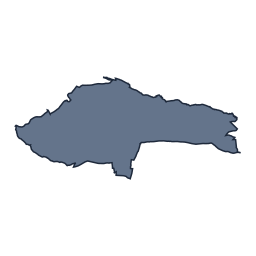 the district of Poroina Mare, Mehedinti, Romania
{"feature_id": "2599482B87873666388407", "entity_name": "Poroina Mare", "entity_type": "district", "adm_level": 2, "iso_a3": "ROU", "parent_name": "Romania", "parent_adm1": "Mehedinti", "projection": "robinson", "projection_center": [22.974, 44.493], "detail": "fine", "context": "isolated", "style": "filled", "palette": "slate", "viewbox_px": 256, "rotation_deg": 0, "n_neighbors": 0, "source": "geoboundaries", "source_scale": "gbopen_adm2", "svg_char_len": 5779}
<svg xmlns="http://www.w3.org/2000/svg" viewBox="0 0 256 256"><path d="M130.2,178.8L131.8,173.4L132.6,168.7L131.3,168.7L130.5,168.5L130.6,167.3L130.4,167.0L130.7,166.4L131.0,165.0L130.7,164.2L131.1,161.8L131.1,161.0L131.4,159.7L133.8,160.1L134.0,159.6L134.4,159.0L135.8,156.4L136.3,154.9L137.5,152.0L137.7,151.7L138.1,151.4L138.4,150.5L139.4,147.2L140.0,144.5L140.3,143.9L140.2,143.7L140.7,143.6L140.7,143.3L141.0,142.7L141.3,142.5L144.1,142.5L146.4,142.0L147.7,141.8L149.4,141.9L150.6,141.6L151.7,141.7L153.9,141.6L159.2,140.9L162.4,140.9L163.2,140.8L167.5,141.3L168.9,141.2L169.6,141.4L170.6,141.3L171.9,141.6L177.4,141.5L180.7,141.9L182.1,141.9L184.9,142.1L188.1,142.7L191.8,143.6L195.9,144.2L203.0,143.5L205.6,143.6L208.6,143.5L211.1,143.0L212.3,143.5L213.8,144.8L214.7,145.3L216.0,146.6L218.4,148.7L223.0,150.8L224.4,151.2L224.9,151.4L225.7,151.6L227.9,151.5L228.8,151.8L230.6,152.6L233.1,153.2L234.2,153.1L237.0,152.4L238.8,152.4L239.9,152.7L240.6,152.7L237.3,151.8L237.5,149.9L237.0,148.6L236.5,148.1L236.2,147.2L236.4,147.0L236.3,146.3L235.6,139.6L234.9,139.5L233.0,139.6L234.8,137.4L232.7,136.8L231.3,135.9L229.8,135.5L229.0,135.1L227.7,135.1L225.8,135.5L226.8,134.0L227.9,132.7L228.8,131.9L233.2,130.8L234.9,130.8L236.2,130.4L237.3,128.9L230.3,122.0L231.3,121.6L233.3,121.4L234.8,121.6L235.1,121.4L236.7,119.8L236.9,119.3L236.8,118.7L236.9,118.4L236.9,117.6L236.6,117.5L236.4,117.5L236.1,117.8L236.0,117.7L235.8,117.3L235.1,117.4L235.1,116.7L235.4,116.6L234.8,116.2L234.6,116.2L234.4,116.4L233.7,116.2L233.9,115.7L233.3,115.2L233.2,114.7L232.9,114.1L232.7,113.9L232.4,113.8L232.4,113.4L232.1,113.2L231.7,113.3L231.1,113.9L230.8,113.8L230.5,113.9L230.3,113.8L229.5,113.6L229.1,114.1L228.7,114.1L228.4,114.0L228.1,113.8L227.6,113.7L227.0,113.5L227.0,113.3L226.7,113.1L225.9,113.0L225.7,113.2L223.9,113.2L223.6,112.5L222.9,112.3L222.3,111.9L221.8,111.2L220.6,111.0L220.0,110.6L219.3,110.4L217.8,110.0L217.1,110.0L216.3,109.6L214.8,109.4L214.4,109.3L214.2,109.5L213.8,109.1L213.6,109.1L212.5,108.9L211.5,108.0L210.4,107.5L210.2,107.0L209.9,106.7L209.7,106.9L209.4,106.9L206.1,105.5L202.7,104.4L201.8,104.4L200.5,104.8L199.8,104.8L199.0,105.0L198.6,104.8L198.0,104.8L197.3,104.9L196.4,104.9L195.9,104.5L195.1,104.5L194.6,104.8L193.7,104.8L193.0,105.2L192.5,105.1L191.3,105.4L190.6,105.7L190.0,105.8L189.7,105.7L188.7,104.9L188.0,104.5L187.2,104.7L186.7,104.7L186.5,104.4L186.5,104.0L183.0,103.5L182.1,103.1L181.3,102.4L181.2,102.2L180.9,102.0L180.9,101.9L180.6,101.8L180.5,101.6L179.8,101.1L179.4,100.5L177.6,99.8L177.2,99.8L175.0,100.0L174.4,100.4L174.0,100.5L172.2,100.7L171.5,100.7L169.1,101.1L166.5,101.4L166.1,101.9L165.6,101.5L165.5,100.8L164.5,99.8L162.4,98.8L162.0,98.0L162.3,97.6L162.0,97.4L161.4,97.3L161.4,96.3L161.2,96.2L160.9,96.3L160.6,96.5L159.2,95.0L158.2,95.2L156.2,96.0L156.5,96.6L155.8,96.8L155.6,97.1L154.8,97.1L153.6,97.5L152.9,97.4L152.2,96.9L151.2,96.8L150.4,96.3L149.2,95.9L148.0,95.2L145.9,94.9L144.8,95.1L143.9,95.1L142.6,94.8L142.2,94.2L141.7,93.8L141.7,93.7L141.4,93.2L140.1,92.9L139.7,92.5L139.6,92.4L139.5,92.2L138.3,91.7L137.9,91.2L136.8,90.5L135.4,89.9L134.2,89.7L133.0,89.1L132.3,89.0L131.2,88.2L129.5,87.4L129.9,87.0L129.9,86.5L129.6,86.1L129.6,85.8L129.7,85.5L129.7,85.0L129.2,84.4L128.8,84.2L128.3,84.1L128.1,83.5L127.8,83.6L127.6,83.5L127.3,83.3L125.9,82.7L121.1,80.1L119.9,79.8L119.5,79.5L118.4,79.2L115.8,78.3L115.6,78.3L116.0,78.8L115.8,79.2L115.9,79.6L115.8,80.3L111.8,79.4L109.6,78.5L107.7,78.1L107.3,77.9L106.9,77.4L104.5,77.5L103.8,77.2L103.7,77.6L106.0,78.3L107.5,79.1L108.3,79.6L109.2,79.9L110.0,79.9L110.6,79.9L112.1,80.6L110.5,82.3L110.1,82.8L108.2,83.4L105.9,83.3L104.2,83.7L102.1,83.9L98.5,83.7L97.4,83.8L94.6,84.3L91.9,85.0L89.4,85.2L84.8,85.3L82.5,85.2L80.5,86.3L79.6,87.3L79.2,87.4L77.6,86.7L76.6,86.3L74.5,89.2L72.7,91.3L71.6,92.9L68.7,93.6L67.7,94.9L67.7,95.2L67.8,95.8L68.4,96.8L68.7,97.4L69.3,97.9L69.6,98.3L70.3,99.7L70.8,100.0L70.4,100.5L69.2,101.7L68.1,101.6L67.6,101.4L67.4,100.8L67.0,100.3L66.6,100.3L66.1,100.8L65.7,101.0L65.2,100.6L63.6,101.9L62.1,103.8L61.2,105.1L60.9,105.3L60.4,106.1L60.1,106.3L59.6,107.1L58.7,108.3L58.3,108.7L57.7,109.0L57.0,109.5L55.8,110.5L53.8,111.9L50.4,113.7L50.2,114.2L48.2,110.3L47.4,110.0L47.5,110.3L47.5,111.2L47.3,111.8L45.0,113.4L44.2,114.1L43.5,114.9L42.3,115.6L41.5,116.6L39.5,116.9L36.5,116.8L35.9,116.9L34.7,117.3L33.5,117.9L31.6,119.1L30.6,119.9L29.6,122.0L28.9,123.2L28.6,123.5L28.2,123.8L27.3,124.0L25.7,124.3L25.2,124.6L24.2,125.9L23.1,126.6L22.3,126.9L21.8,127.0L19.0,126.7L16.4,125.4L16.0,125.4L15.4,126.1L15.7,126.2L16.0,126.4L16.1,127.1L16.0,128.4L15.7,129.4L15.7,129.7L16.5,130.9L16.7,132.7L17.2,134.1L17.4,135.4L17.7,136.2L18.3,137.0L18.6,137.6L19.6,138.4L21.4,139.1L21.7,139.6L23.6,141.1L25.1,142.6L25.7,143.3L26.1,144.1L26.4,144.3L27.0,144.3L28.3,144.5L28.7,144.9L29.3,145.1L30.4,144.9L30.2,145.3L30.2,145.6L30.7,146.3L31.4,149.3L33.5,151.8L35.3,152.6L37.1,153.9L37.6,154.1L38.4,155.0L39.3,155.5L42.2,157.0L42.9,157.0L43.6,156.5L46.0,157.1L47.1,157.6L47.2,158.0L47.5,158.1L48.5,158.5L49.4,159.6L51.2,160.9L51.9,160.8L53.4,161.6L54.6,161.7L55.8,161.5L57.5,161.5L59.2,162.1L59.8,162.4L60.2,162.3L60.6,162.0L61.6,162.1L63.2,162.6L64.9,163.3L65.8,164.1L67.0,165.5L67.4,165.6L67.9,165.2L69.0,165.3L70.1,165.1L70.6,164.8L71.0,164.8L72.6,163.7L73.4,163.7L74.0,163.4L74.4,163.4L74.6,163.2L75.9,163.1L75.2,163.4L75.0,163.6L74.4,164.9L73.5,167.1L75.0,166.8L78.0,165.9L80.5,164.6L85.1,161.9L87.3,161.1L87.7,161.0L98.3,163.4L102.0,163.5L104.0,163.5L106.1,163.0L107.8,162.9L108.1,163.0L109.2,163.1L109.4,162.9L112.0,162.7L112.0,162.9L112.4,166.0L112.5,168.2L113.7,168.3L114.6,172.1L114.2,172.5L114.4,172.8L116.2,171.8L116.1,175.3L123.3,175.7L124.4,175.9L126.3,176.5L127.2,177.5L128.0,178.0L129.4,178.4L130.2,178.8Z" fill="#64748b" stroke="#1e293b" stroke-width="1.5"/></svg>